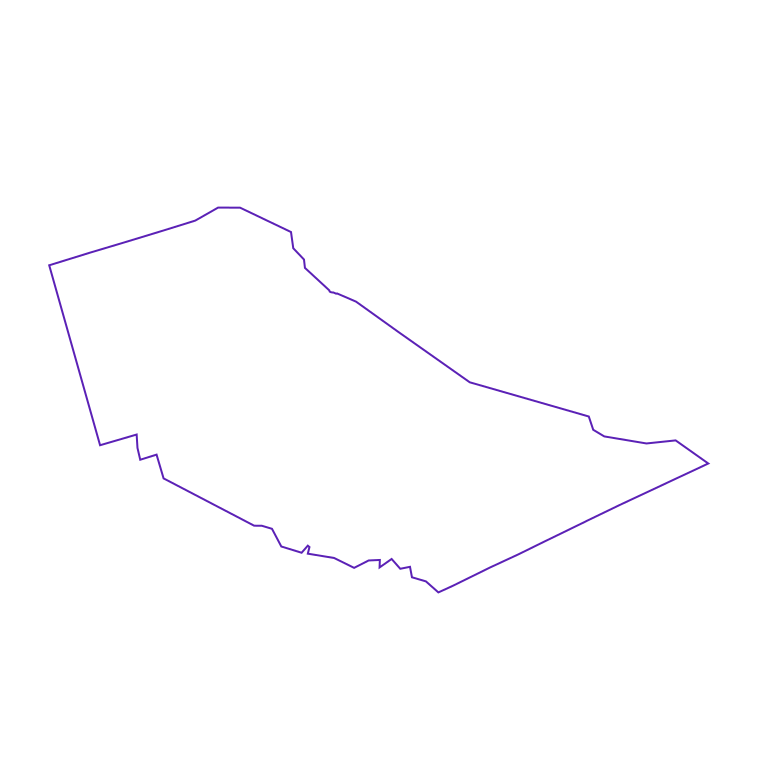 outline of DeKalb, Alabama, United States of America, rotated 74°
{"feature_id": "52423323B14233481639127", "entity_name": "DeKalb", "entity_type": "district", "adm_level": 2, "iso_a3": "USA", "parent_name": "United States of America", "parent_adm1": "Alabama", "projection": "natural_earth1", "projection_center": [-85.762, 34.53], "detail": "fine", "context": "isolated", "style": "outline", "palette": "violet", "viewbox_px": 768, "rotation_deg": 74, "n_neighbors": 0, "source": "geoboundaries", "source_scale": "gbopen_adm2", "svg_char_len": 920}
<svg xmlns="http://www.w3.org/2000/svg" viewBox="0 0 768 768"><g transform="rotate(74 384 384)"><path d="M177.6,673.1L364.6,673.8L364.4,635.7L377.5,638.6L389.6,639.2L389.2,622.1L414.0,621.9L484.4,547.9L486.6,540.5L492.3,531.6L511.9,527.5L523.5,509.7L518.4,501.8L520.2,500.6L526.1,504.0L537.5,479.9L552.5,463.4L549.4,447.4L552.0,436.5L559.1,438.8L554.3,424.9L566.1,419.3L566.9,409.4L577.5,410.4L585.3,398.1L599.3,389.2L599.2,388.4L596.9,373.1L589.6,332.6L584.8,301.8L584.6,300.7L579.6,272.9L571.7,227.8L571.6,227.6L565.3,191.0L549.8,94.2L518.6,119.2L513.5,148.1L495.1,186.7L485.7,195.5L471.7,196.1L406.0,301.1L338.0,355.8L297.1,388.2L284.0,404.2L284.0,405.1L282.1,407.4L281.7,408.6L281.0,409.9L280.2,410.7L278.9,410.8L277.4,411.7L250.6,428.0L242.3,426.6L228.5,433.8L212.3,431.5L174.8,473.8L168.7,494.9L174.9,520.4L175.7,556.4L176.4,601.2L176.7,630.1L177.6,673.1Z" fill="none" stroke="#5b21b6" stroke-width="2"/></g></svg>